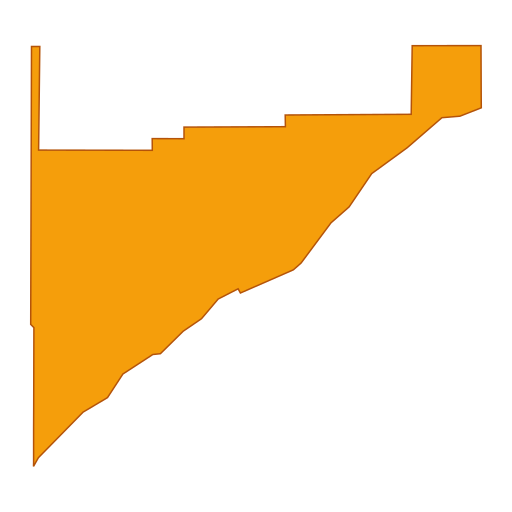 Merrick, Nebraska, United States of America
{"feature_id": "52423323B25038053629018", "entity_name": "Merrick", "entity_type": "district", "adm_level": 2, "iso_a3": "USA", "parent_name": "United States of America", "parent_adm1": "Nebraska", "projection": "robinson", "projection_center": [-97.996, 41.132], "detail": "fine", "context": "isolated", "style": "filled", "palette": "amber", "viewbox_px": 512, "rotation_deg": 0, "n_neighbors": 0, "source": "geoboundaries", "source_scale": "gbopen_adm2", "svg_char_len": 596}
<svg xmlns="http://www.w3.org/2000/svg" viewBox="0 0 512 512"><path d="M331.0,222.8L349.1,206.9L371.7,173.6L407.1,147.8L441.9,117.7L459.9,116.2L481.3,107.8L481.2,95.1L481.0,45.6L412.2,45.7L411.2,114.3L285.2,115.0L285.4,126.7L184.0,127.1L184.0,138.7L152.2,138.6L152.3,150.3L38.6,150.1L39.8,46.5L31.5,46.5L30.7,324.4L33.9,327.6L33.7,405.6L33.6,428.7L33.6,462.5L33.5,466.4L38.4,457.7L83.1,412.1L107.5,397.6L122.9,374.0L152.8,354.5L160.4,353.7L183.2,331.2L201.5,318.7L218.2,299.0L238.1,288.8L240.4,293.0L293.4,269.8L301.1,263.0L331.0,222.8Z" fill="#f59e0b" stroke="#b45309" stroke-width="1.5"/></svg>